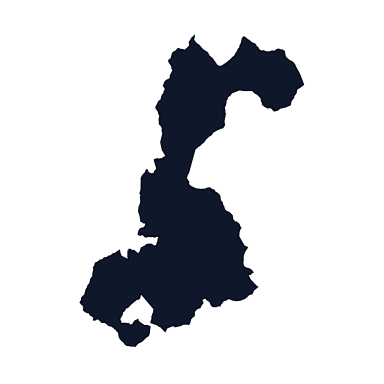 Bicaz-Chei, Neamt, Romania, rotated 276°
{"feature_id": "2599482B72252558499545", "entity_name": "Bicaz-Chei", "entity_type": "district", "adm_level": 2, "iso_a3": "ROU", "parent_name": "Romania", "parent_adm1": "Neamt", "projection": "mercator", "projection_center": [25.891, 46.819], "detail": "fine", "context": "isolated", "style": "filled", "palette": "ink", "viewbox_px": 384, "rotation_deg": 276, "n_neighbors": 0, "source": "geoboundaries", "source_scale": "gbopen_adm2", "svg_char_len": 6006}
<svg xmlns="http://www.w3.org/2000/svg" viewBox="0 0 384 384"><g transform="rotate(276 192 192)"><path d="M310.5,291.5L320.4,286.5L327.9,281.3L328.9,281.0L330.8,279.2L332.1,277.5L332.4,275.8L334.7,272.2L336.3,270.5L341.6,268.8L342.5,266.7L342.4,265.5L343.0,262.9L341.9,261.0L340.4,259.7L340.4,256.9L339.2,254.3L338.9,251.1L339.8,248.3L339.1,246.8L340.2,243.7L342.5,242.2L343.7,240.1L344.8,239.9L345.7,238.8L346.2,236.7L347.4,234.1L348.5,233.2L349.0,231.7L351.4,228.0L351.3,227.1L350.0,226.2L345.7,225.8L342.1,224.5L340.6,224.7L338.8,223.2L336.6,222.7L333.7,221.0L331.5,220.3L329.8,218.3L328.1,217.2L323.5,212.6L320.2,208.7L319.7,207.5L319.9,204.7L320.3,203.7L326.8,198.1L328.9,194.8L332.0,192.8L334.5,187.9L338.6,183.4L339.8,181.1L341.9,178.7L344.2,177.2L345.6,177.8L347.2,177.8L346.0,176.9L344.6,176.9L344.4,176.7L345.3,176.1L340.6,173.8L337.3,174.8L332.5,170.7L332.0,169.9L332.0,169.0L332.5,168.2L332.5,165.5L333.1,163.2L330.3,161.2L328.8,158.9L327.9,158.3L322.3,157.4L320.6,155.3L319.9,155.3L318.5,156.0L315.3,158.9L312.8,159.3L311.8,160.3L310.9,160.6L305.2,158.4L302.5,158.7L300.1,154.8L298.0,153.4L296.3,153.3L294.9,152.6L291.9,154.9L289.9,154.6L289.0,153.9L288.2,154.4L284.9,152.4L280.3,151.7L278.4,149.5L272.5,147.4L271.1,148.0L268.9,150.1L265.7,151.3L265.1,152.2L260.1,151.9L258.3,152.6L256.4,152.5L254.7,154.7L252.6,156.0L249.8,156.1L247.0,157.1L238.2,155.9L230.5,158.4L229.3,159.6L227.7,160.5L226.1,162.3L223.5,161.4L223.3,160.2L222.9,159.8L222.1,159.2L221.3,159.8L220.7,158.9L221.1,157.9L221.7,157.6L221.4,156.6L220.6,155.7L221.0,155.4L221.3,154.4L220.1,154.1L221.0,152.8L220.1,151.4L218.0,152.0L211.9,154.7L210.4,154.2L208.7,152.9L205.3,152.3L206.1,151.2L204.4,150.5L205.7,149.7L206.1,147.3L207.5,145.8L209.2,145.0L209.1,144.4L206.6,143.8L203.6,141.5L200.8,140.3L188.7,141.3L185.1,140.6L184.1,141.9L182.0,141.4L178.3,142.2L175.5,142.2L171.3,141.1L167.2,141.1L162.5,143.2L157.7,144.3L157.6,145.2L156.4,147.0L156.4,147.8L157.2,149.7L156.2,149.3L153.9,149.7L151.0,147.6L150.7,146.0L149.9,144.5L147.7,143.4L144.6,143.0L144.1,143.5L143.7,145.4L144.8,145.7L144.8,146.5L144.0,148.9L143.4,149.1L142.5,150.6L143.4,153.4L143.6,154.7L143.4,155.6L143.8,156.8L144.1,160.4L143.8,160.2L144.5,161.8L144.7,164.2L141.1,163.4L138.8,163.4L137.6,162.8L135.9,162.8L134.6,161.7L134.0,160.2L135.6,157.1L135.4,153.9L134.5,152.1L133.4,151.2L131.0,147.6L126.7,146.6L125.1,145.4L124.3,145.3L127.7,140.2L127.3,138.2L128.4,136.6L128.2,135.5L126.9,135.7L126.6,134.7L121.2,135.1L119.4,135.9L118.0,135.2L120.6,128.3L124.1,126.4L126.2,125.9L122.5,121.6L122.0,121.6L121.8,121.3L122.4,120.6L122.1,120.0L120.4,118.4L119.8,118.6L119.6,116.4L117.8,114.2L117.1,111.5L115.2,110.6L115.1,109.6L114.2,108.0L114.4,107.6L112.6,106.1L111.1,103.5L107.5,102.9L106.8,102.0L105.3,102.7L100.2,102.1L98.0,102.5L95.0,100.7L90.6,100.1L87.6,98.3L85.5,98.0L84.5,97.2L78.2,96.2L77.1,94.9L74.9,93.4L73.3,93.7L70.5,92.5L68.5,94.5L68.3,95.3L66.2,97.1L65.6,97.1L65.4,96.5L65.0,97.0L63.4,96.5L62.4,97.7L61.2,100.4L61.6,101.9L59.3,103.7L57.8,106.7L58.1,107.8L54.6,107.5L54.7,109.1L56.2,110.9L56.1,112.3L52.9,116.3L53.4,117.6L53.2,119.7L50.6,123.4L50.4,126.3L49.7,127.0L49.4,128.4L48.0,129.5L48.4,130.0L45.4,132.6L45.7,133.5L40.4,134.9L38.5,136.2L36.3,138.7L35.5,140.3L34.2,141.0L32.9,143.1L32.6,148.8L33.2,150.7L32.6,151.4L36.0,153.8L38.5,157.7L42.4,160.9L44.6,163.4L46.5,164.0L53.7,164.1L54.4,160.7L54.0,159.3L54.2,158.1L57.0,152.9L58.5,151.5L59.3,151.4L57.4,148.5L54.5,147.3L52.8,145.2L52.8,144.6L54.2,143.0L54.2,138.2L53.5,134.9L55.7,134.6L57.2,133.3L59.1,133.5L62.5,135.1L65.2,135.4L65.9,135.6L66.6,136.8L70.4,138.5L70.3,139.6L71.3,140.7L74.1,142.7L79.5,148.0L80.0,149.9L80.6,150.6L82.2,151.1L84.0,151.0L84.9,151.9L85.2,152.5L85.0,152.8L71.6,166.8L70.7,166.6L69.5,167.0L69.4,166.5L68.4,166.8L66.7,165.9L65.5,166.0L63.9,165.3L62.1,165.7L57.9,164.9L56.6,170.9L55.2,173.5L54.8,175.0L50.7,179.8L54.3,181.1L57.4,187.0L57.5,187.8L56.6,188.5L56.4,189.3L58.2,194.5L59.8,197.0L60.3,200.7L60.1,202.2L60.8,203.1L66.3,203.9L66.4,204.5L67.5,205.0L68.4,206.5L69.0,206.8L70.4,207.0L72.6,206.6L74.1,207.1L76.8,209.3L77.9,211.9L81.1,213.1L82.4,214.2L83.8,213.9L85.2,212.7L86.9,213.8L87.6,215.1L87.9,216.8L88.5,217.3L86.6,218.0L84.9,221.4L81.5,223.2L80.5,224.7L80.4,226.1L80.8,228.1L82.0,230.7L81.8,231.7L83.2,231.9L84.5,233.0L86.9,234.1L88.6,237.7L90.2,239.1L89.0,243.5L88.8,247.9L89.9,252.0L90.7,253.0L91.2,254.6L93.2,257.0L96.1,259.2L97.2,262.2L100.9,263.4L104.4,266.9L105.3,265.3L110.8,258.9L115.3,256.1L116.0,257.1L116.4,258.8L117.4,259.0L118.3,260.8L119.3,260.2L120.9,258.3L121.7,255.7L121.9,253.3L123.4,251.1L124.4,250.5L127.6,249.6L129.0,249.9L134.0,249.3L137.7,250.2L142.6,252.7L144.1,248.3L145.4,248.5L146.3,246.8L146.8,247.1L153.6,242.3L154.1,243.0L156.4,242.7L159.9,243.3L161.4,244.2L162.3,243.2L164.8,242.0L166.7,239.2L166.0,237.4L167.6,236.7L168.7,235.3L172.7,234.3L175.3,231.2L176.4,227.5L177.2,226.6L179.7,225.1L180.5,225.1L181.9,223.9L184.7,222.9L186.4,220.9L190.5,220.1L192.4,218.6L193.9,216.1L194.0,214.8L195.2,214.4L196.4,212.7L196.0,211.4L197.4,210.2L197.8,209.2L197.5,207.4L195.8,204.4L195.8,202.5L195.3,201.9L195.4,196.5L195.2,196.0L197.1,190.6L198.1,188.7L199.7,187.5L200.9,187.1L201.4,187.7L204.9,184.8L207.0,184.2L207.0,185.1L208.7,185.3L211.0,186.4L234.8,190.3L237.7,192.8L239.5,195.1L241.2,196.3L242.7,198.1L247.1,200.6L247.8,201.6L249.4,202.7L250.7,204.8L253.8,206.5L257.1,211.1L257.8,212.7L258.3,213.0L259.2,215.8L262.1,217.2L265.4,216.2L273.4,216.8L273.5,216.2L276.8,215.9L280.0,214.9L281.4,215.9L284.3,216.3L286.1,215.9L288.3,217.0L290.2,217.1L292.3,219.5L294.8,220.9L298.8,228.6L298.5,232.6L299.5,241.8L298.3,242.7L297.1,244.5L296.1,247.1L292.5,251.2L291.8,251.6L290.6,251.4L288.0,252.9L286.5,253.0L284.9,255.5L283.8,258.3L284.3,261.6L283.2,263.4L281.4,265.0L281.5,265.8L282.5,268.5L283.0,268.6L283.6,269.7L285.3,270.1L284.9,270.8L285.0,271.9L285.9,273.8L286.3,275.7L289.0,280.5L293.0,280.8L296.5,283.1L298.2,283.0L301.3,285.0L304.7,285.2L305.9,285.9L307.3,288.1L310.5,291.5Z" fill="#0f172a" stroke="#020617" stroke-width="1.5"/></g></svg>